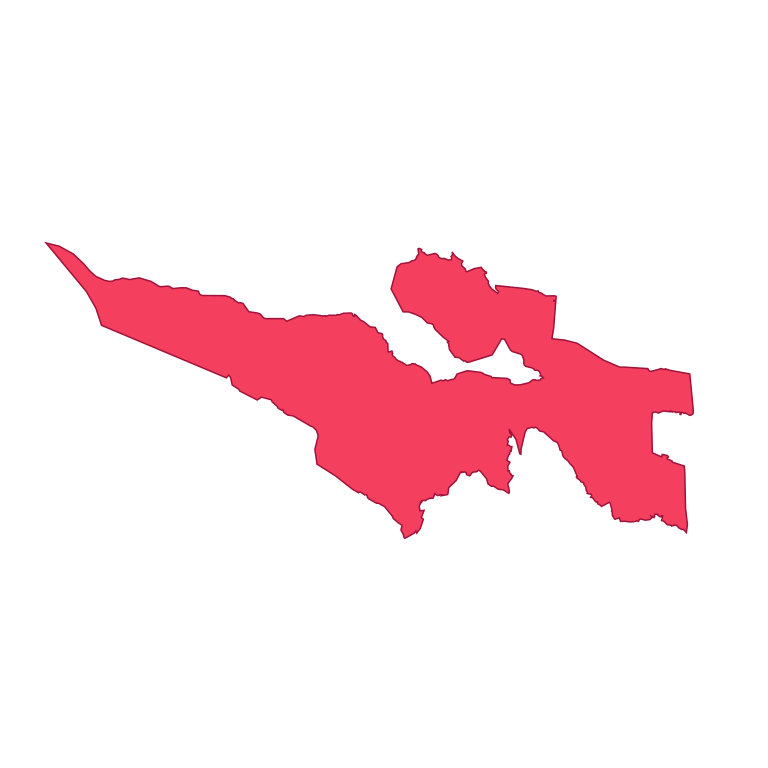 the district of Tetela del Volcán, Morelos, Mexico, rotated 258°
{"feature_id": "50627088B54865100778576", "entity_name": "Tetela del Volcán", "entity_type": "district", "adm_level": 2, "iso_a3": "MEX", "parent_name": "Mexico", "parent_adm1": "Morelos", "projection": "orthographic", "projection_center": [-98.713, 18.918], "detail": "fine", "context": "isolated", "style": "filled", "palette": "rose", "viewbox_px": 768, "rotation_deg": 258, "n_neighbors": 0, "source": "geoboundaries", "source_scale": "gbopen_adm2", "svg_char_len": 6169}
<svg xmlns="http://www.w3.org/2000/svg" viewBox="0 0 768 768"><g transform="rotate(258 384 384)"><path d="M500.1,119.9L422.8,231.1L424.9,234.1L422.5,235.3L414.6,235.3L408.9,241.0L407.0,241.5L394.7,256.7L396.6,261.3L392.0,270.5L390.0,270.8L384.6,274.7L382.1,275.6L379.3,278.9L379.8,279.7L376.9,280.2L373.6,283.4L371.6,288.6L358.5,303.0L356.8,305.5L353.0,308.1L348.6,308.8L346.2,308.5L334.4,302.8L319.5,301.8L304.2,317.5L287.5,331.4L283.0,336.4L283.6,336.9L282.9,338.9L279.5,342.0L279.5,344.0L276.2,344.4L274.9,345.1L268.8,352.0L268.6,353.7L264.0,359.0L252.9,364.7L250.5,365.1L245.3,369.1L242.0,372.3L237.6,370.2L233.3,371.5L229.2,371.8L228.7,372.4L231.7,382.2L233.6,384.6L231.3,385.0L235.2,389.5L243.5,394.4L245.6,392.8L252.1,397.0L252.5,392.9L257.1,393.0L259.3,394.6L260.7,395.0L260.2,396.0L261.7,396.4L261.5,397.0L262.1,397.3L261.3,400.5L262.1,402.0L262.6,404.8L262.2,408.4L266.1,410.8L263.6,413.4L263.9,416.8L263.6,417.8L262.8,417.0L262.6,423.0L263.0,423.6L269.2,425.8L274.5,434.4L282.0,440.7L281.8,441.7L281.3,441.6L281.3,444.2L280.3,446.0L278.2,445.9L276.3,448.8L279.4,452.2L279.0,452.7L279.3,453.8L278.9,456.3L280.0,458.8L278.8,460.1L269.7,464.7L264.7,464.9L261.7,467.7L261.1,470.2L257.3,473.8L255.7,478.6L251.1,483.3L252.0,484.2L257.2,484.5L259.6,484.1L261.1,484.7L265.2,489.4L267.4,491.1L268.1,489.7L269.3,489.6L270.5,488.6L273.1,488.5L273.3,487.2L278.3,488.2L281.3,490.9L283.8,488.3L289.1,491.4L289.0,492.1L292.3,493.7L291.9,494.4L296.1,496.1L296.5,494.6L298.1,493.5L298.5,491.9L302.2,493.7L302.8,493.1L304.1,493.2L306.3,495.2L305.7,497.5L307.8,498.4L309.4,497.0L313.0,496.9L313.3,497.2L302.4,501.6L287.5,502.3L286.8,503.2L292.1,504.7L307.3,511.9L310.8,514.8L310.6,517.0L311.1,519.1L309.8,521.7L310.3,523.3L309.0,524.7L305.6,526.6L304.0,530.2L293.3,538.0L290.7,541.4L287.6,542.2L282.7,542.5L281.7,543.9L276.6,544.1L274.3,545.0L269.9,548.4L267.8,549.1L263.2,551.9L253.4,553.8L253.0,552.8L251.7,553.3L249.2,555.6L247.2,556.5L245.8,558.8L244.3,558.6L241.0,560.0L238.2,559.6L236.1,560.5L234.7,559.9L232.9,563.8L231.7,564.0L230.2,562.6L229.5,564.3L224.8,566.6L224.2,568.3L223.5,567.9L222.2,568.3L220.3,570.6L219.0,571.2L221.4,579.7L220.2,580.5L214.1,580.8L212.6,580.2L211.1,580.6L208.0,580.0L203.7,581.6L204.1,586.4L200.4,586.8L199.7,590.9L198.0,595.8L197.4,599.5L197.5,602.8L196.7,604.4L198.3,605.6L198.6,607.0L196.5,611.2L196.1,615.6L197.5,618.3L199.1,617.7L197.2,620.4L198.3,621.3L199.3,621.2L200.4,621.8L199.7,624.5L199.3,624.1L196.7,626.4L196.4,627.7L197.5,628.3L197.2,629.0L194.4,628.2L193.0,627.1L192.5,627.3L191.8,629.1L187.3,631.9L186.9,633.8L185.7,635.9L185.3,635.9L185.6,638.8L185.1,640.6L182.2,642.3L179.7,645.0L179.8,646.5L175.8,648.9L183.5,651.6L199.8,653.1L235.1,659.9L241.3,660.7L247.6,649.8L248.7,649.8L252.0,645.4L253.2,645.8L253.5,647.1L255.1,646.4L257.3,641.5L255.0,640.4L260.9,632.2L290.3,637.7L300.1,640.6L300.2,643.9L298.5,646.4L299.6,651.5L297.3,658.1L298.1,658.7L296.6,660.1L296.8,661.0L296.2,663.1L295.3,663.7L295.4,665.8L294.9,667.5L294.4,667.8L292.8,667.2L292.4,667.9L294.5,669.4L292.9,671.5L293.3,672.4L289.7,676.5L289.8,678.1L290.6,680.1L294.0,681.1L330.3,685.2L337.7,667.1L340.3,662.4L339.9,662.3L340.3,660.2L341.3,658.8L341.6,657.2L341.2,656.4L340.9,647.2L342.1,645.9L344.2,645.3L350.7,622.1L351.4,618.2L361.7,603.7L383.7,581.4L389.3,570.0L393.4,557.7L403.7,561.7L429.5,569.3L429.9,567.3L430.4,567.4L429.8,569.4L433.9,570.6L434.5,570.0L435.2,567.3L436.5,560.5L440.6,556.3L441.4,554.4L442.9,554.3L443.2,551.9L445.4,548.5L448.4,540.6L457.1,513.8L455.4,513.2L453.3,513.5L450.6,515.3L449.0,514.1L454.6,509.2L457.6,507.7L460.4,506.9L462.8,507.5L467.6,505.4L470.5,505.0L471.1,507.2L472.3,507.4L473.2,505.5L474.2,505.5L475.5,504.3L477.9,503.4L478.1,496.1L476.6,488.7L477.2,487.7L480.1,487.2L483.4,484.7L485.7,484.8L487.8,486.7L491.6,482.3L494.5,480.1L499.0,478.0L496.6,478.1L494.7,476.1L493.4,476.5L491.5,475.7L491.9,472.7L494.4,468.8L494.6,466.8L495.4,465.1L496.7,464.0L498.8,463.4L500.4,462.2L501.1,460.9L500.9,453.0L503.3,450.8L504.0,450.8L505.2,448.6L506.6,448.1L507.7,448.8L509.4,446.6L509.1,445.3L503.7,445.0L503.0,443.5L499.5,441.0L498.7,439.5L498.6,436.5L497.6,433.7L498.1,425.7L495.9,421.2L475.5,410.7L450.6,417.7L449.3,423.2L445.4,429.5L441.2,434.9L434.7,439.1L432.8,443.4L431.5,444.6L429.4,444.5L426.5,445.6L418.1,451.2L412.1,456.3L411.8,454.7L410.1,455.5L404.1,455.2L395.4,459.0L394.2,462.9L389.8,466.7L389.9,468.3L388.1,469.4L387.7,471.6L389.9,495.8L403.6,508.4L402.9,511.1L391.0,514.7L389.1,516.2L384.6,524.2L383.2,525.1L378.4,525.8L374.9,525.0L373.2,525.2L371.8,526.3L368.9,532.2L367.8,533.6L366.3,534.1L365.1,537.7L363.9,538.6L359.8,539.2L359.5,538.4L358.5,540.1L356.9,541.1L356.6,538.7L355.5,537.6L355.7,534.2L356.7,533.0L357.0,531.4L357.0,529.9L355.4,526.8L355.0,523.8L354.9,516.5L356.0,511.5L358.7,507.8L361.8,508.1L363.9,505.5L367.9,490.7L369.1,490.3L373.0,483.4L373.8,483.2L375.2,481.2L379.7,468.3L378.6,457.6L374.6,454.1L374.2,452.8L374.4,449.9L373.9,447.3L375.5,444.8L374.7,442.7L375.9,440.6L374.8,431.0L382.0,430.7L386.8,428.8L392.9,424.0L395.8,419.8L397.2,418.6L398.1,415.6L397.4,414.2L397.4,410.1L401.6,406.1L401.7,405.3L403.0,404.3L403.5,403.0L405.6,401.0L407.9,400.0L409.6,398.5L411.5,398.2L412.3,398.9L414.6,398.6L414.3,395.7L414.6,394.7L422.7,396.1L424.1,395.1L426.0,394.8L428.5,392.7L431.0,392.5L432.7,393.0L433.9,392.3L435.4,388.7L441.1,387.3L442.8,382.3L449.1,377.2L451.6,374.2L457.0,371.0L458.1,369.8L456.2,369.1L457.2,367.7L459.1,367.8L460.3,366.6L461.6,359.0L461.0,354.5L461.6,352.7L461.2,351.1L462.7,344.8L462.2,341.4L462.9,341.2L463.2,338.7L466.4,329.7L467.4,322.4L466.7,319.6L468.3,315.3L465.6,301.9L468.8,299.4L472.5,282.1L473.4,280.2L478.3,277.4L479.9,274.6L482.8,266.8L492.1,262.8L493.4,260.5L493.7,258.5L496.3,255.8L498.7,254.3L499.6,252.6L501.0,251.5L503.5,246.7L508.4,224.5L510.0,222.4L513.4,221.7L513.7,221.1L515.6,216.0L519.2,210.6L520.3,205.6L521.3,197.2L524.1,194.3L524.7,192.9L525.5,186.4L526.2,184.4L532.7,177.6L538.7,166.6L539.1,156.7L541.4,151.9L541.9,149.5L541.4,147.2L541.8,142.4L541.1,140.0L541.4,136.9L543.5,132.2L549.3,124.4L555.8,119.7L563.7,115.4L575.8,107.1L586.3,95.0L592.2,82.8L535.9,112.3L517.7,118.0L500.1,119.9Z" fill="#f43f5e" stroke="#9f1239" stroke-width="1.5"/></g></svg>